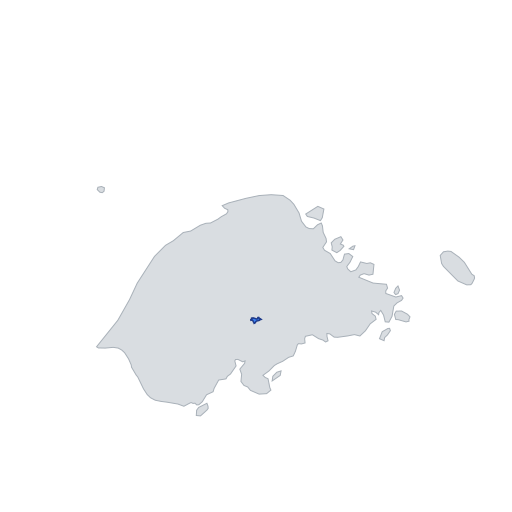 location of Daedeok-gu, Daejeon, South Korea, rotated 242°
{"feature_id": "91817680B29564477042831", "entity_name": "Daedeok-gu", "entity_type": "district", "adm_level": 2, "iso_a3": "KOR", "parent_name": "South Korea", "parent_adm1": "Daejeon", "projection": "mercator", "projection_center": [127.445, 36.4], "detail": "fine", "context": "in_parent", "style": "filled", "palette": "blue", "viewbox_px": 512, "rotation_deg": 242, "n_neighbors": 0, "source": "geoboundaries", "source_scale": "gbopen_adm2", "svg_char_len": 3791}
<svg xmlns="http://www.w3.org/2000/svg" viewBox="0 0 512 512"><g transform="rotate(242 256 256)"><path d="M155.4,131.2L157.1,129.9L157.2,128.0L157.2,121.8L162.0,117.5L168.8,108.7L172.2,103.9L176.0,99.3L180.4,96.3L184.7,94.9L191.6,94.3L204.6,94.8L207.2,94.3L216.3,93.9L218.4,94.7L225.0,95.2L232.3,94.6L236.0,93.3L239.4,91.1L242.4,87.0L245.5,79.6L248.8,73.7L250.7,72.6L264.1,103.8L276.9,123.9L287.8,138.4L303.3,166.2L307.9,181.1L308.3,190.2L310.9,202.8L308.7,210.0L309.3,221.3L308.4,227.1L306.5,231.3L306.4,239.5L307.0,243.9L307.1,249.7L308.3,252.0L310.1,252.8L312.9,250.7L316.3,249.8L315.7,256.8L311.6,274.3L307.9,287.1L303.0,298.2L296.7,308.3L289.2,312.3L283.9,313.7L273.8,314.2L265.4,312.5L258.2,313.7L255.3,315.8L253.1,319.4L254.7,325.0L254.5,329.1L251.4,328.8L245.3,326.4L238.6,326.1L235.4,324.9L232.2,319.0L228.9,319.2L223.3,322.7L214.6,323.5L211.5,325.4L210.5,327.9L211.7,330.9L216.1,335.0L214.6,339.1L210.1,341.2L206.4,336.1L204.1,331.2L201.6,330.9L197.6,332.3L196.8,337.6L198.6,341.3L201.7,345.5L197.4,350.3L196.3,353.8L193.2,356.2L185.0,350.7L186.1,346.8L189.7,343.1L190.2,339.1L189.0,336.8L177.1,346.7L169.8,357.9L165.9,357.1L164.3,354.2L162.0,353.0L154.1,360.2L152.7,365.9L149.8,366.1L148.5,363.7L148.4,358.6L147.1,354.2L138.9,347.8L135.2,342.3L137.2,339.2L144.0,340.9L149.4,340.6L148.4,338.0L146.6,336.7L150.2,335.3L153.2,332.2L150.7,331.4L146.9,333.1L143.7,332.3L142.5,325.0L138.6,317.5L136.6,310.2L140.4,306.0L142.4,299.4L145.9,289.9L147.7,286.9L152.6,284.6L154.3,282.2L151.6,280.9L147.3,279.8L147.4,277.1L150.4,275.6L153.6,272.5L160.0,268.8L161.9,261.9L160.1,260.1L156.2,258.5L157.0,254.9L158.7,252.3L158.1,250.7L153.4,246.1L150.3,242.0L151.2,237.2L150.5,230.1L150.9,224.1L150.7,220.8L148.4,213.4L147.4,206.1L144.4,207.1L142.0,209.0L133.3,206.4L130.6,206.2L129.5,200.7L132.6,193.9L140.0,188.0L144.2,187.2L147.4,184.6L152.3,183.8L158.3,187.8L163.7,188.6L166.6,195.6L168.5,197.1L168.8,194.6L173.2,191.5L174.2,189.3L173.3,188.0L168.3,186.8L163.8,178.1L163.2,174.2L161.6,171.8L164.0,164.8L158.8,156.9L156.3,154.4L156.7,147.2L154.0,142.6L152.5,140.1L151.5,135.7L152.3,133.8L154.7,133.0L155.4,131.2ZM138.6,438.0L136.1,439.4L133.9,438.6L133.2,437.9L130.5,434.1L129.8,432.2L131.6,428.5L139.2,422.5L158.8,416.6L162.3,416.4L170.0,418.9L171.7,423.5L170.3,427.6L168.5,430.3L159.5,434.8L152.6,437.0L138.6,438.0ZM270.8,333.9L265.6,338.0L258.7,332.5L257.0,329.5L262.3,325.0L266.8,319.9L269.7,319.6L270.8,333.9ZM233.8,333.4L233.2,340.0L229.3,340.3L227.0,336.1L224.6,338.1L223.3,338.2L221.4,332.9L221.0,328.9L225.6,325.8L228.3,327.6L232.3,328.6L233.8,333.4ZM133.5,362.4L130.0,363.4L128.0,361.1L126.6,360.5L127.4,357.5L133.1,351.6L134.3,349.6L139.5,350.8L141.5,353.9L139.1,358.7L133.5,362.4ZM149.2,134.3L149.0,143.5L145.9,143.1L143.9,142.2L143.0,140.4L140.9,131.9L143.2,128.4L147.7,131.2L149.2,134.3ZM130.1,338.4L129.4,340.0L127.0,339.6L124.6,335.0L123.6,331.3L121.1,329.3L125.0,326.2L129.9,331.9L130.1,338.4ZM143.6,219.8L142.8,224.2L139.2,221.3L138.1,211.6L141.9,214.4L143.6,219.8ZM389.9,152.2L387.4,154.2L384.5,152.2L384.1,150.0L385.6,148.1L389.2,147.0L390.9,148.7L389.9,152.2ZM161.9,364.2L162.9,367.3L158.4,366.7L156.1,363.7L156.4,361.1L159.0,360.7L161.9,364.2ZM219.2,346.2L218.6,348.2L215.8,345.1L218.6,341.7L219.2,346.2Z" fill="#d9dde1" stroke="#a8b0b8" stroke-width="1"/><path d="M197.4,222.7L197.3,223.6L197.6,224.4L198.0,224.7L198.3,225.8L198.3,226.4L197.9,227.1L197.9,227.4L197.6,228.8L197.8,229.0L198.0,229.5L197.8,229.7L197.6,230.8L198.7,230.3L199.3,229.5L200.0,229.7L200.5,229.6L200.8,228.8L199.9,227.8L200.0,227.0L200.7,226.4L201.1,226.0L202.4,224.8L202.3,224.6L202.7,224.2L203.2,223.4L203.2,223.0L202.4,222.9L202.3,222.4L202.4,221.6L201.6,221.3L201.3,222.2L200.9,222.7L200.4,222.9L199.3,222.7L198.3,222.9L197.4,222.7Z" fill="#3b82f6" stroke="#1e3a8a" stroke-width="1.5"/></g></svg>